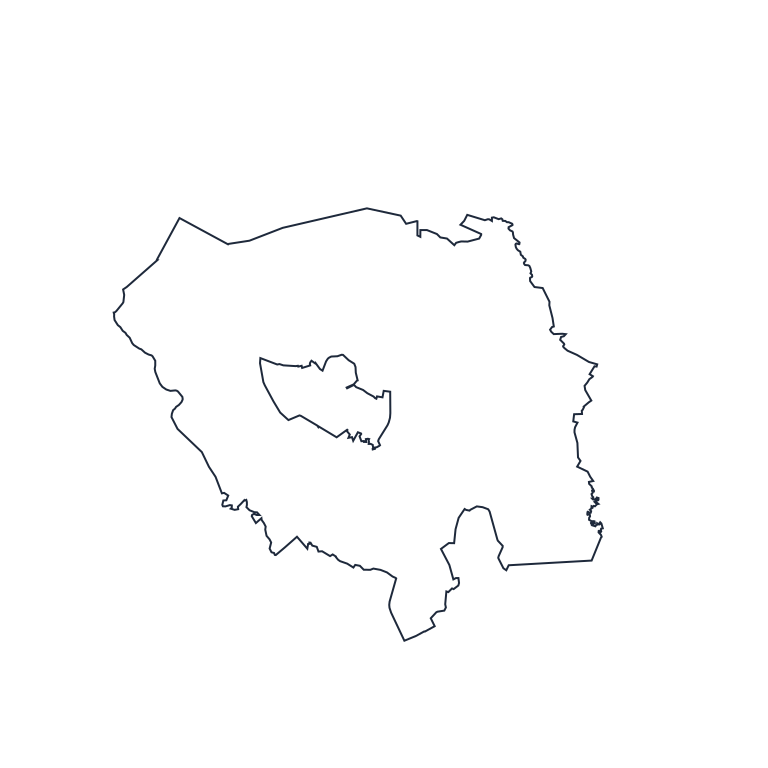 outline of Baldones pag., Baldones, Latvia, rotated 213°
{"feature_id": "27541924B60801434690140", "entity_name": "Baldones pag.", "entity_type": "district", "adm_level": 2, "iso_a3": "LVA", "parent_name": "Latvia", "parent_adm1": "Baldones", "projection": "mercator", "projection_center": [24.339, 56.727], "detail": "fine", "context": "isolated", "style": "outline", "palette": "slate", "viewbox_px": 768, "rotation_deg": 213, "n_neighbors": 0, "source": "geoboundaries", "source_scale": "gbopen_adm2", "svg_char_len": 6167}
<svg xmlns="http://www.w3.org/2000/svg" viewBox="0 0 768 768"><g transform="rotate(213 384 384)"><path d="M382.5,181.2L381.6,181.6L378.2,192.8L373.8,208.5L358.6,204.1L360.5,208.5L359.5,209.3L360.2,210.4L359.2,210.9L356.1,209.4L351.7,210.8L347.7,207.8L344.8,210.0L335.5,210.3L334.2,213.1L330.4,213.1L330.2,212.7L326.8,211.6L324.4,211.5L317.0,213.3L309.7,213.4L309.6,216.6L305.2,218.4L299.8,217.2L294.2,220.8L292.4,223.4L285.7,226.2L278.9,227.6L272.0,227.2L268.6,227.7L267.9,227.6L260.8,204.6L259.3,201.6L257.5,199.3L253.5,196.1L227.1,179.8L219.9,190.2L215.5,198.4L214.9,198.6L209.6,208.5L217.2,213.0L215.8,221.1L215.1,222.2L210.0,226.8L210.4,230.3L212.7,232.6L218.7,244.0L216.7,244.5L215.6,249.6L213.9,249.9L211.9,255.5L212.7,258.0L215.9,261.8L218.0,260.4L219.4,257.9L230.6,267.8L246.4,276.7L243.0,285.9L238.5,288.7L244.9,301.2L248.5,312.4L248.3,323.1L246.6,323.1L243.3,324.4L243.1,325.5L239.5,331.9L234.2,334.4L228.4,335.7L225.9,334.5L204.1,315.2L203.2,314.6L196.3,312.9L195.6,311.7L194.1,302.2L193.6,300.6L193.1,300.1L183.5,294.5L180.0,294.4L180.7,299.9L113.7,349.0L118.4,373.5L118.2,374.4L119.8,375.6L123.2,376.4L123.9,377.7L123.7,378.0L122.5,377.8L122.1,377.3L121.6,377.6L121.6,378.8L122.5,379.5L123.1,380.9L121.9,382.1L125.7,385.4L127.4,385.8L127.4,384.5L126.8,383.7L127.0,383.4L129.3,383.3L128.5,382.2L129.3,381.6L129.2,379.8L132.7,378.8L133.2,379.0L133.2,379.5L132.3,380.3L131.4,382.1L132.7,383.5L133.9,382.9L133.7,382.1L133.1,381.7L133.7,381.4L134.1,380.1L134.6,380.0L134.8,380.2L134.7,381.2L135.3,382.0L138.1,381.8L139.1,383.6L139.1,385.2L140.1,386.4L140.9,386.6L141.9,385.2L142.3,385.2L142.8,385.9L143.6,387.5L143.5,387.9L141.0,388.1L140.5,388.6L141.0,390.2L142.9,390.7L141.9,393.3L142.7,393.3L143.4,394.6L142.0,394.8L141.7,396.0L140.5,396.3L139.9,399.1L138.9,400.2L140.8,400.4L141.7,399.5L143.1,399.8L142.4,400.7L141.8,402.4L141.1,403.2L141.1,403.8L142.0,405.2L143.7,404.7L143.7,404.3L142.8,403.6L142.8,402.4L143.7,403.0L144.1,402.7L144.2,401.7L146.0,401.0L147.2,401.3L146.3,402.1L146.8,403.0L148.4,403.4L150.0,404.7L149.7,405.8L150.2,407.2L149.4,408.0L149.6,408.7L150.5,409.2L150.5,408.2L151.2,407.7L151.5,408.0L151.3,409.0L151.7,409.9L152.8,410.2L153.1,409.4L153.1,410.2L154.1,411.3L157.6,412.0L158.8,413.5L155.7,416.6L160.5,418.5L165.5,421.4L177.0,419.9L177.3,426.5L181.3,428.1L189.7,439.9L197.9,447.2L199.3,449.4L200.2,451.8L200.7,457.0L204.9,455.7L208.1,462.2L201.6,466.7L203.6,469.4L203.3,470.6L203.7,473.5L204.2,473.8L202.3,480.1L201.1,483.0L211.9,488.5L214.8,491.7L214.3,495.9L214.4,499.9L213.0,503.5L213.0,504.3L216.9,504.2L217.1,513.5L215.2,514.4L215.9,516.6L224.1,514.1L238.0,513.5L248.2,511.9L252.4,512.4L254.1,512.9L254.4,513.4L254.3,515.3L255.0,515.9L260.3,517.0L261.1,519.9L259.2,522.0L258.7,524.8L261.9,523.2L268.8,518.3L272.2,518.9L274.3,520.0L274.1,523.3L272.9,524.7L278.6,531.1L288.2,540.0L290.0,543.1L303.2,550.9L310.6,547.3L317.5,549.9L319.3,552.4L319.2,553.0L318.3,554.1L318.3,555.0L319.4,556.2L321.4,556.6L321.8,558.6L324.5,561.0L326.4,562.2L327.7,562.1L330.5,560.6L331.8,561.0L332.6,561.7L332.7,562.7L332.3,563.8L332.8,565.3L333.6,565.8L336.0,565.8L337.1,566.7L339.6,566.9L341.8,569.2L344.5,569.1L346.5,569.7L348.1,570.7L349.7,572.5L349.8,573.4L349.3,574.1L346.8,574.8L346.7,575.1L347.4,576.5L354.4,577.2L357.1,579.6L358.5,581.4L359.4,581.9L362.0,581.5L364.2,582.1L364.9,583.4L362.8,587.2L363.2,587.9L363.9,588.2L367.6,587.6L368.9,586.7L371.1,586.8L373.3,585.5L374.5,586.6L375.9,586.7L377.6,584.7L382.7,583.6L384.1,582.3L382.3,579.5L385.5,579.4L386.7,578.7L388.6,576.3L406.3,571.2L405.6,564.5L406.6,559.2L384.2,562.7L383.7,562.0L383.4,557.8L391.4,549.0L396.9,545.6L398.6,543.8L400.4,541.7L400.6,538.7L410.4,540.3L416.6,537.6L421.3,538.6L431.8,536.5L437.3,532.9L433.7,527.2L436.9,526.8L444.6,538.7L445.2,538.5L452.7,530.4L461.7,534.3L494.0,522.0L554.0,459.8L574.9,430.9L590.5,417.0L590.8,416.2L645.9,411.8L642.2,364.9L642.1,364.4L641.5,364.6L652.6,325.2L654.3,321.2L650.4,317.2L647.2,310.8L647.1,309.4L648.2,299.4L648.7,297.6L649.6,296.7L648.1,295.3L647.2,293.7L644.8,290.9L639.3,288.4L636.1,288.1L632.1,286.3L628.7,286.1L626.5,285.0L622.5,284.3L617.4,281.1L615.1,280.4L608.5,280.4L606.4,280.9L601.5,280.1L597.5,280.5L594.5,281.4L593.2,281.2L588.5,278.9L585.9,274.9L584.6,271.9L582.3,269.5L572.4,262.4L568.3,260.9L563.6,260.8L559.4,261.9L555.5,265.0L554.2,265.5L552.7,265.5L546.1,263.4L544.6,261.7L544.3,260.7L544.0,258.5L544.6,254.7L545.9,251.6L545.9,249.5L546.6,247.2L545.7,243.5L544.2,240.5L532.7,233.9L499.7,227.7L485.7,219.2L474.7,214.4L460.4,204.0L458.8,205.6L453.9,205.6L452.9,200.6L455.3,198.8L453.8,194.6L452.5,193.7L450.3,195.0L447.3,198.5L445.5,199.3L444.3,197.3L444.6,196.0L440.7,197.1L438.1,199.6L439.7,201.5L438.8,205.2L437.9,210.3L437.6,210.1L436.4,211.8L434.7,210.3L433.1,207.9L432.3,205.8L428.0,204.9L422.8,205.9L420.6,207.2L417.1,206.3L419.4,204.8L422.4,204.2L423.3,202.3L422.9,201.1L415.7,197.6L413.7,204.7L412.5,203.3L409.1,202.0L405.6,200.0L404.3,197.2L399.8,192.7L395.4,191.4L392.3,189.6L390.3,183.7L386.7,181.6L384.2,182.4L382.5,181.2ZM384.5,319.5L385.2,323.0L389.5,324.3L389.7,326.3L394.7,313.5L415.8,312.8L415.7,312.1L417.4,312.8L436.4,312.0L437.8,311.6L444.5,301.7L455.5,303.5L467.2,309.2L483.3,318.0L486.2,319.9L499.3,333.9L501.8,338.4L484.2,342.2L482.5,343.8L478.6,344.8L467.8,350.9L466.1,352.4L465.4,351.9L463.0,354.4L461.4,352.9L456.0,359.4L457.1,360.4L457.6,361.8L457.5,364.0L453.0,363.8L453.0,364.4L445.9,361.7L442.8,361.7L444.9,371.4L444.9,374.7L444.4,376.2L443.2,378.3L438.2,381.9L435.4,385.5L434.2,386.1L426.6,384.7L420.0,384.8L417.1,382.7L413.8,378.1L408.1,372.7L408.5,372.3L409.2,367.2L413.4,360.7L412.6,360.3L408.7,366.9L405.6,366.2L398.3,367.6L393.0,367.2L385.9,367.8L383.7,367.3L382.4,367.5L383.1,369.8L378.0,372.0L380.5,378.1L374.6,380.9L362.8,363.0L360.6,359.0L359.1,354.4L358.6,351.3L358.3,334.8L357.8,332.9L354.0,330.5L354.2,329.7L355.7,326.9L357.0,325.8L356.3,324.7L357.8,323.0L358.3,323.6L358.1,324.3L360.3,326.8L362.6,326.5L364.2,325.4L365.2,327.4L366.4,328.6L366.5,329.7L367.7,329.3L369.2,327.9L367.3,325.7L369.3,324.5L369.8,325.2L371.8,323.7L376.0,326.8L375.9,329.7L376.3,330.0L379.6,329.3L378.9,319.6L381.9,322.0L384.5,319.5Z" fill="none" stroke="#1e293b" stroke-width="2"/></g></svg>